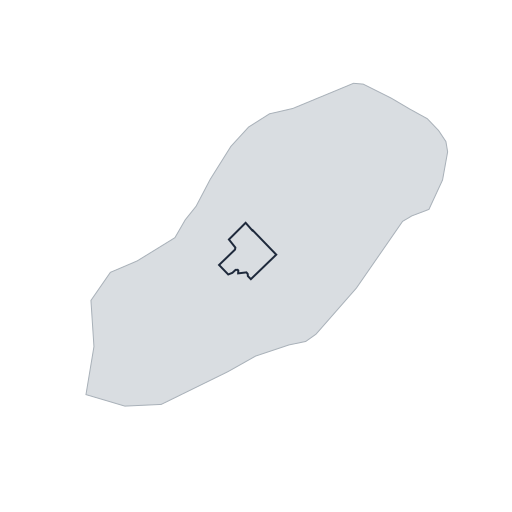 location of 80, Ar Rayyān, Qatar, rotated 226°
{"feature_id": "91078587B61034229486760", "entity_name": "80", "entity_type": "district", "adm_level": 2, "iso_a3": "QAT", "parent_name": "Qatar", "parent_adm1": "Ar Rayyān", "projection": "natural_earth1", "projection_center": [51.221, 25.39], "detail": "fine", "context": "in_parent", "style": "outline", "palette": "slate", "viewbox_px": 512, "rotation_deg": 226, "n_neighbors": 0, "source": "geoboundaries", "source_scale": "gbopen_adm2", "svg_char_len": 908}
<svg xmlns="http://www.w3.org/2000/svg" viewBox="0 0 512 512"><g transform="rotate(226 256 256)"><path d="M275.7,462.9L255.1,468.6L235.7,474.6L219.4,474.5L206.4,472.1L197.8,466.2L181.1,443.0L169.4,412.8L176.6,396.0L179.1,385.5L163.2,306.0L158.1,244.9L160.0,232.4L169.1,218.0L184.3,186.2L192.3,155.5L215.1,84.7L239.1,57.4L274.4,37.4L303.4,76.5L338.7,106.4L345.4,139.9L335.0,167.1L325.5,210.4L331.2,230.3L333.4,247.5L343.0,276.5L352.3,314.1L353.9,340.3L348.9,364.5L336.6,384.9L312.5,446.1L305.2,452.5L275.7,462.9Z" fill="#d9dde1" stroke="#a8b0b8" stroke-width="1"/><path d="M275.2,223.2L262.0,223.2L260.3,227.3L260.2,231.7L258.8,233.2L257.9,233.2L255.9,231.1L250.9,237.7L248.9,237.6L247.2,236.2L242.9,236.2L242.9,257.6L242.9,271.5L272.5,271.5L276.9,271.5L276.9,271.1L287.1,271.6L286.9,260.7L286.7,248.0L276.4,247.0L275.2,245.4L275.2,227.9L275.2,223.2Z" fill="none" stroke="#1e293b" stroke-width="2"/></g></svg>